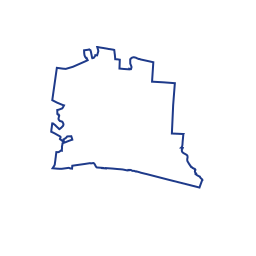 Sprancenata, Olt, Romania, rotated 27°
{"feature_id": "2599482B2339465789380", "entity_name": "Sprancenata", "entity_type": "district", "adm_level": 2, "iso_a3": "ROU", "parent_name": "Romania", "parent_adm1": "Olt", "projection": "orthographic", "projection_center": [24.622, 44.051], "detail": "fine", "context": "isolated", "style": "outline", "palette": "blue", "viewbox_px": 256, "rotation_deg": 27, "n_neighbors": 0, "source": "geoboundaries", "source_scale": "gbopen_adm2", "svg_char_len": 5280}
<svg xmlns="http://www.w3.org/2000/svg" viewBox="0 0 256 256"><g transform="rotate(27 128 128)"><path d="M96.6,189.6L95.5,186.9L97.9,185.2L105.2,180.1L110.2,176.5L111.0,176.4L113.1,174.9L113.6,174.9L114.8,175.4L116.3,176.5L117.3,177.1L118.2,177.3L122.9,175.3L123.4,175.1L123.4,175.4L126.6,174.1L126.4,173.8L132.8,171.1L137.6,169.2L138.3,168.9L140.2,168.1L142.0,167.4L143.4,167.0L146.7,166.1L148.2,165.1L147.9,164.9L149.1,164.3L150.0,164.1L151.2,164.2L151.5,164.1L151.9,163.9L152.6,163.6L153.0,163.4L153.5,163.4L153.9,163.3L154.9,163.2L155.0,162.9L156.8,162.5L158.9,162.1L159.3,162.1L160.6,161.8L164.4,160.9L165.1,160.7L175.0,158.5L186.7,155.9L218.7,148.6L217.8,141.3L218.0,140.7L217.6,140.2L215.8,139.7L214.6,139.2L214.1,138.7L212.8,138.8L210.9,138.7L209.0,138.4L208.9,138.2L209.5,138.0L210.1,138.0L209.5,137.7L209.0,137.5L208.3,137.2L207.7,136.8L207.4,136.5L207.3,136.3L207.2,135.9L207.1,135.4L207.1,135.2L207.1,134.7L206.8,134.5L206.7,134.5L206.4,134.7L206.2,134.5L206.3,134.4L206.2,134.3L206.2,134.2L205.9,134.1L205.7,134.2L205.4,134.2L205.0,134.3L204.8,134.3L204.6,134.3L204.4,134.2L204.2,134.2L203.9,134.2L203.7,134.3L203.2,134.2L202.4,133.8L202.2,133.8L201.9,134.0L201.8,133.9L201.5,133.8L201.2,133.7L200.9,133.5L200.8,133.3L200.7,133.2L200.4,133.1L199.9,133.0L199.5,132.6L199.3,132.5L198.9,132.3L198.7,132.3L198.5,132.2L198.3,132.1L198.1,131.9L197.9,131.7L197.2,131.3L196.7,131.0L196.2,130.7L195.8,130.3L195.5,129.9L195.2,129.4L195.0,129.0L194.8,128.6L194.6,127.6L194.4,127.2L194.2,126.7L193.9,126.3L193.7,126.0L193.4,125.7L193.1,125.5L192.6,125.4L192.3,125.3L190.2,125.2L189.5,125.2L188.4,125.1L187.7,124.9L187.2,124.7L186.8,124.4L186.6,124.2L186.4,123.9L186.2,123.7L186.1,123.3L185.9,123.0L185.7,122.7L185.6,122.3L185.6,122.1L185.7,121.9L185.8,121.8L185.9,121.7L185.8,120.9L184.3,121.4L184.6,120.6L184.6,120.3L184.5,119.7L184.3,118.8L184.0,118.0L183.8,117.5L182.9,115.4L180.1,108.3L180.1,108.2L169.6,113.0L157.8,87.0L149.4,66.8L139.1,71.1L128.4,75.8L120.7,57.9L107.7,61.3L107.1,61.2L106.7,61.4L106.2,61.7L105.3,61.7L104.6,61.8L104.4,61.8L104.0,61.8L103.5,61.8L103.0,61.8L102.6,61.9L102.3,62.0L102.2,62.0L101.9,62.1L101.5,62.2L101.3,62.2L101.1,62.3L100.9,62.4L100.6,62.6L100.4,62.8L100.2,63.0L99.8,63.4L99.6,63.6L99.5,63.8L99.3,64.1L99.2,64.3L99.0,65.1L99.0,65.3L98.9,65.3L98.8,65.5L98.9,65.8L98.9,66.0L100.1,68.3L100.7,69.5L100.9,69.7L101.2,70.0L101.9,70.6L102.3,70.9L103.0,71.6L103.4,72.0L103.5,72.2L103.6,72.5L103.8,73.5L103.9,74.1L102.7,74.5L103.1,74.8L102.7,75.1L97.0,77.5L93.4,78.9L89.7,70.9L89.4,71.0L87.4,71.6L86.4,72.1L86.0,72.2L85.4,72.5L84.4,70.9L82.9,68.5L82.1,67.4L81.4,66.3L80.3,64.7L79.7,64.8L78.4,65.2L76.2,65.9L74.9,66.4L73.7,66.7L72.1,67.2L71.7,67.3L71.2,67.5L70.1,67.8L68.9,68.2L68.0,68.5L67.4,68.7L66.5,69.0L65.1,69.4L64.2,69.6L63.8,69.8L65.6,71.7L66.6,72.9L66.7,73.1L67.5,77.3L65.9,77.9L66.0,78.1L66.0,78.4L66.0,78.9L65.6,81.1L64.7,81.8L64.5,82.0L64.2,81.8L60.0,76.5L59.3,76.0L59.2,75.8L58.9,75.8L58.6,75.7L58.3,75.7L58.1,75.7L57.7,75.6L57.2,76.2L53.6,78.7L55.0,81.2L56.2,82.9L57.4,84.0L59.0,84.8L59.3,84.4L61.3,85.9L59.6,88.1L56.0,92.5L51.1,98.5L45.7,103.6L43.0,104.7L37.3,106.7L44.7,128.3L47.9,137.6L53.8,137.6L54.5,137.5L57.5,137.3L58.4,137.2L59.1,137.2L60.7,136.9L60.7,138.7L60.5,140.4L58.1,143.0L56.8,144.1L58.3,146.8L58.5,147.3L58.7,147.6L59.9,147.5L59.9,147.8L60.0,148.0L60.4,148.1L60.7,148.1L61.0,148.1L61.1,148.3L61.2,148.6L61.3,149.3L61.5,150.0L61.7,150.8L61.9,151.4L62.1,151.6L62.5,152.0L63.1,152.3L63.6,152.4L63.9,152.6L64.1,152.7L64.7,152.6L64.9,152.5L65.3,152.4L65.7,152.3L65.9,152.4L66.2,152.3L66.5,152.2L66.8,152.3L67.0,152.5L67.8,153.0L68.2,153.3L68.5,153.7L68.8,153.9L68.9,154.2L69.0,154.6L69.1,155.0L69.1,155.3L69.1,155.7L69.1,155.8L69.1,156.0L68.9,156.3L68.6,157.5L68.4,158.0L68.2,158.5L67.9,159.0L67.8,159.3L67.6,159.9L67.4,160.2L67.1,160.2L66.5,160.0L66.1,159.8L65.7,159.7L64.9,159.5L64.3,159.3L63.8,159.2L63.6,159.1L63.3,159.0L62.9,158.9L62.6,158.8L62.2,158.6L61.8,158.5L61.2,158.4L60.3,158.2L60.0,158.2L59.7,158.1L59.3,158.0L59.2,158.0L58.8,158.1L58.4,158.3L58.6,158.8L58.8,159.5L59.0,159.9L59.5,161.3L59.9,162.4L60.3,163.7L61.3,166.2L63.3,166.1L64.3,166.1L65.3,166.1L69.7,166.3L70.7,166.3L71.4,166.4L71.7,166.4L72.1,166.8L72.2,167.2L72.3,168.7L72.9,168.9L74.0,169.0L74.4,169.1L74.8,169.2L77.2,169.7L77.3,169.6L77.0,169.1L76.0,167.9L75.7,167.5L75.9,167.2L76.3,166.6L76.6,166.0L76.9,165.6L77.1,165.1L77.3,164.7L77.4,164.3L77.5,164.0L77.5,163.6L77.7,163.1L78.7,162.5L79.5,162.1L80.0,161.8L80.5,161.5L80.9,161.3L81.2,161.1L81.9,161.8L82.5,162.4L83.3,163.2L83.7,163.7L83.4,164.0L82.9,164.4L82.1,165.3L81.4,166.0L80.0,167.6L78.8,169.0L78.7,169.1L77.9,170.0L77.5,170.3L76.9,171.0L76.6,171.3L76.7,171.7L77.0,172.3L77.1,172.7L77.2,173.1L77.3,173.4L77.4,173.9L77.6,174.6L78.4,176.0L78.7,176.9L79.4,178.3L79.1,178.4L78.8,178.5L78.5,178.6L78.4,178.6L77.9,179.7L77.6,180.2L77.4,180.5L77.3,180.8L77.2,180.9L77.0,181.1L76.6,181.3L75.1,182.0L75.3,182.6L75.8,183.9L75.9,184.3L77.0,187.2L77.2,187.9L77.3,188.1L77.7,189.2L78.0,190.0L78.5,191.5L78.8,192.4L78.9,192.6L79.0,192.9L79.1,193.1L79.2,193.5L79.3,193.7L79.3,193.8L79.4,194.3L79.4,194.5L79.4,194.8L79.4,195.2L79.4,195.5L79.3,195.8L79.3,196.0L79.1,198.1L81.1,197.3L84.3,196.0L87.4,194.5L93.3,190.4L94.5,190.2L94.8,190.3L96.6,189.6Z" fill="none" stroke="#1e3a8a" stroke-width="2"/></g></svg>